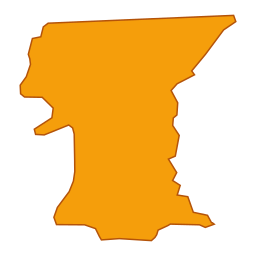 East Baton Rouge, Louisiana, United States of America
{"feature_id": "52423323B9154242656865", "entity_name": "East Baton Rouge", "entity_type": "district", "adm_level": 2, "iso_a3": "USA", "parent_name": "United States of America", "parent_adm1": "Louisiana", "projection": "natural_earth1", "projection_center": [-91.099, 30.518], "detail": "fine", "context": "isolated", "style": "filled", "palette": "amber", "viewbox_px": 256, "rotation_deg": 0, "n_neighbors": 0, "source": "geoboundaries", "source_scale": "gbopen_adm2", "svg_char_len": 905}
<svg xmlns="http://www.w3.org/2000/svg" viewBox="0 0 256 256"><path d="M28.3,54.3L29.8,58.8L30.5,64.4L26.3,76.7L20.2,85.2L20.6,93.8L24.5,97.0L42.2,97.3L53.2,108.1L51.9,117.8L34.3,129.2L35.6,134.4L44.2,134.9L56.4,130.0L68.7,125.0L72.6,127.9L74.2,134.0L74.7,161.4L74.7,164.2L74.8,171.5L73.4,181.2L69.2,191.6L57.4,207.4L53.9,217.3L56.5,224.6L84.6,224.8L95.5,228.6L99.4,236.5L101.4,239.9L119.3,238.6L151.4,240.6L154.9,237.5L156.7,234.7L158.1,230.1L167.8,225.6L170.3,224.1L199.5,224.8L205.3,227.4L214.2,224.2L212.4,222.8L211.5,222.7L207.5,215.3L193.3,212.3L187.8,196.7L177.2,195.0L180.2,185.4L172.6,180.5L176.7,172.6L168.4,159.1L175.3,156.1L179.2,135.4L172.7,125.5L173.3,118.0L176.9,115.0L177.7,102.8L171.1,90.5L177.2,83.7L194.5,74.8L191.7,70.9L205.4,54.4L223.6,29.9L235.8,21.6L233.6,15.4L140.1,19.3L48.1,23.2L43.3,26.9L40.8,36.8L32.4,38.5L28.3,54.3Z" fill="#f59e0b" stroke="#b45309" stroke-width="1.5"/></svg>